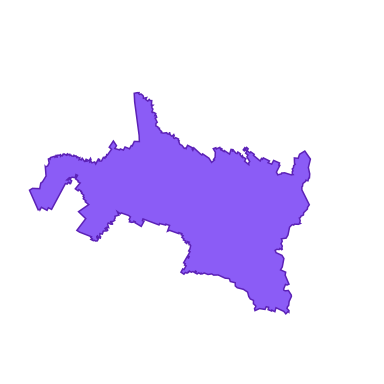 the district of Soteapan, Veracruz, Mexico, rotated 119°
{"feature_id": "50627088B11342287528543", "entity_name": "Soteapan", "entity_type": "district", "adm_level": 2, "iso_a3": "MEX", "parent_name": "Mexico", "parent_adm1": "Veracruz", "projection": "mercator", "projection_center": [-94.904, 18.229], "detail": "fine", "context": "isolated", "style": "filled", "palette": "violet", "viewbox_px": 384, "rotation_deg": 119, "n_neighbors": 0, "source": "geoboundaries", "source_scale": "gbopen_adm2", "svg_char_len": 6087}
<svg xmlns="http://www.w3.org/2000/svg" viewBox="0 0 384 384"><g transform="rotate(119 192 192)"><path d="M232.8,333.6L235.9,331.0L239.3,330.9L241.0,332.2L240.8,332.7L248.8,327.4L255.6,327.7L257.5,328.6L262.9,326.8L266.1,333.2L269.2,335.0L282.2,317.9L281.0,316.8L281.4,316.3L278.4,316.3L278.3,309.9L275.4,310.0L275.3,306.4L246.0,306.8L245.6,305.0L243.7,304.9L244.0,304.5L243.2,303.8L243.9,302.9L243.6,302.3L240.5,302.7L240.3,304.3L239.7,304.6L240.2,306.0L241.6,306.1L242.1,307.3L238.9,306.2L238.2,304.5L237.2,304.1L236.2,301.1L233.0,302.0L232.9,300.2L237.0,300.1L237.4,296.8L238.3,296.7L238.3,294.2L245.8,295.6L246.2,292.2L244.7,292.1L245.0,289.2L245.6,289.4L246.0,287.8L246.7,287.9L247.2,285.1L248.8,285.0L249.0,283.7L250.6,283.8L251.2,280.5L252.3,280.6L253.1,276.2L264.2,281.7L266.8,272.0L281.4,274.1L281.6,270.9L279.9,258.3L280.8,258.5L281.3,256.6L282.5,257.3L282.4,254.7L281.7,254.3L281.6,252.5L280.6,251.1L278.6,251.2L278.1,253.0L277.1,253.7L276.2,253.4L277.2,251.6L276.8,249.8L275.5,250.2L275.5,251.2L273.0,252.3L272.3,250.0L269.2,250.6L267.3,247.6L266.2,247.2L265.3,248.7L266.5,249.5L266.1,250.4L264.2,249.5L263.6,247.6L261.1,250.2L259.7,250.2L259.5,247.4L258.7,246.0L258.0,246.4L257.9,248.6L257.3,248.9L256.2,247.0L254.3,245.8L253.6,246.7L252.0,246.6L250.6,247.6L247.6,244.7L245.4,247.7L245.8,244.0L244.6,243.8L243.3,236.3L243.6,233.8L246.5,233.7L247.1,232.3L248.4,232.3L247.8,230.0L246.6,228.5L245.7,228.7L245.6,227.1L246.5,226.9L246.7,219.7L240.8,219.8L241.1,221.5L239.3,221.8L236.8,204.9L235.3,205.1L233.7,199.0L232.8,199.2L232.1,195.4L238.2,194.4L236.4,193.0L234.8,183.3L233.9,183.7L233.3,180.7L234.4,180.5L234.6,181.5L234.6,178.6L236.5,178.9L236.9,176.4L238.1,176.3L238.0,173.6L239.3,173.6L239.6,171.6L237.5,171.8L237.3,170.2L238.0,170.4L239.5,168.9L238.9,168.4L239.5,167.2L242.4,166.3L242.2,165.8L242.8,166.3L245.2,166.3L245.2,164.8L249.9,164.8L249.9,163.2L251.4,163.0L251.3,164.9L258.0,165.0L258.0,163.1L259.5,163.1L259.5,161.4L263.7,161.4L263.7,162.8L267.5,162.8L267.8,159.2L265.6,158.8L265.4,157.0L263.8,156.5L263.9,156.0L262.4,156.0L262.5,153.7L261.1,152.7L261.2,150.6L259.5,150.7L259.5,149.8L261.2,149.6L261.2,147.8L259.5,147.0L259.5,144.6L258.6,144.6L258.8,143.5L256.9,142.0L256.4,138.0L254.1,135.1L254.2,132.8L251.9,128.9L251.3,121.2L249.9,118.1L249.9,117.0L251.7,115.1L250.4,110.2L253.2,108.6L253.8,106.0L252.2,99.8L252.6,94.8L255.9,91.7L257.3,89.1L257.0,85.7L260.0,84.1L260.6,81.2L261.4,80.6L263.7,80.8L265.2,79.4L261.2,76.4L259.3,71.2L256.3,71.4L255.7,69.1L258.0,68.4L257.5,64.7L256.6,64.9L256.5,61.5L252.5,62.4L251.9,53.8L253.1,50.9L250.0,50.0L250.2,49.0L248.7,49.7L247.8,52.5L245.8,52.9L244.5,52.4L240.6,54.0L235.2,54.4L234.0,55.2L231.4,60.0L233.2,62.5L233.4,64.0L232.5,64.8L227.5,65.4L227.3,63.8L225.6,62.5L219.6,70.2L216.7,71.2L217.2,76.8L213.8,76.7L205.6,79.4L203.8,82.6L204.3,89.1L202.7,91.0L201.0,90.0L200.1,87.9L198.8,87.8L199.0,85.6L198.3,85.3L197.4,86.3L195.5,86.8L194.1,89.1L191.3,89.2L189.6,91.1L186.7,87.3L183.1,87.2L175.5,89.6L172.6,88.8L171.6,88.0L171.6,87.0L170.4,86.7L168.7,83.3L166.9,81.9L166.8,82.9L164.7,83.4L162.7,85.5L161.8,84.8L160.4,85.0L158.1,83.4L156.0,84.3L151.0,82.8L149.4,83.5L146.3,83.2L136.9,96.9L134.3,98.4L133.5,98.1L130.8,99.1L127.6,97.8L126.5,98.1L126.0,96.0L123.3,96.6L122.8,96.1L119.1,97.8L114.2,102.1L105.8,104.4L101.5,113.2L106.8,116.2L111.1,115.5L112.6,119.0L117.3,116.2L117.7,115.2L119.6,115.9L121.7,115.0L123.2,115.5L124.6,113.9L125.5,114.2L127.5,113.1L127.8,112.1L128.9,113.5L130.3,120.3L132.0,122.8L132.8,122.6L135.4,125.3L133.7,127.8L126.1,128.1L126.3,129.2L124.2,129.5L124.8,135.9L129.0,135.8L129.5,139.7L127.3,139.3L127.6,146.2L129.2,146.2L129.0,147.5L131.8,147.4L130.2,155.9L128.9,155.9L128.4,160.1L129.7,160.3L129.2,163.9L127.0,163.8L126.5,165.8L127.9,165.9L127.6,167.3L130.3,167.6L130.7,166.2L128.9,166.0L129.9,163.9L132.1,163.9L132.5,161.0L134.7,161.0L137.3,156.3L139.3,156.5L140.5,155.7L139.6,160.9L136.8,161.0L136.7,163.9L137.2,164.2L135.8,165.5L137.0,165.7L136.0,168.2L135.1,168.2L134.8,171.3L136.5,171.2L136.8,172.3L135.7,175.3L136.5,176.4L135.1,176.7L135.8,178.5L140.6,177.5L140.1,183.8L141.1,183.6L141.0,186.4L139.8,186.6L139.8,187.6L140.8,187.7L139.5,189.3L142.6,191.6L141.7,192.6L143.8,194.4L145.9,190.9L150.5,188.6L153.1,188.9L153.2,187.9L156.6,189.2L154.2,193.6L153.5,201.2L154.8,201.3L154.7,202.8L152.5,211.8L155.1,211.5L154.4,212.7L153.1,212.9L153.3,218.5L156.7,218.3L156.4,218.7L157.6,219.9L156.1,223.4L156.2,225.7L154.4,228.0L153.5,228.0L153.4,229.0L152.2,229.5L152.4,232.6L153.6,233.2L153.7,234.1L153.0,234.8L151.4,234.8L150.6,235.8L152.6,236.4L153.0,237.0L152.4,239.0L150.6,240.6L152.6,240.1L153.0,241.8L152.4,242.9L154.4,245.6L155.0,247.7L153.9,247.8L153.1,250.9L152.0,251.4L152.3,252.6L151.6,253.4L151.7,255.7L149.4,256.8L147.9,256.2L145.3,260.0L143.8,259.1L142.5,260.5L143.2,261.5L141.0,261.7L140.9,264.2L141.7,265.2L141.4,265.9L138.4,266.4L137.8,267.9L136.5,268.7L135.0,268.2L135.6,269.7L131.6,271.5L132.3,272.9L131.8,274.3L133.9,274.7L133.5,277.5L131.5,277.5L133.6,279.9L131.8,281.0L131.3,282.2L131.0,284.2L132.1,285.2L131.8,286.3L130.8,286.5L131.8,288.2L133.7,290.4L140.9,285.9L168.1,265.7L173.4,262.5L175.7,267.0L180.7,266.6L180.8,267.6L184.5,267.6L185.1,272.4L188.6,272.3L189.1,275.6L190.3,275.7L191.4,280.6L188.1,280.5L185.5,285.5L193.0,286.1L193.5,283.1L200.7,283.9L200.7,284.7L203.0,284.1L203.3,285.0L204.7,284.6L204.7,286.3L208.7,286.2L209.3,286.9L209.8,288.3L208.4,288.6L208.5,289.9L214.2,289.8L212.9,291.7L215.0,293.7L214.2,295.2L215.0,295.7L212.7,296.0L211.8,297.1L214.5,297.1L214.7,300.5L216.1,300.4L216.2,299.2L217.4,300.8L215.7,304.4L217.7,304.5L217.5,305.6L218.4,306.4L216.4,306.8L216.9,307.3L216.7,309.7L217.1,308.7L217.8,309.2L216.6,311.0L217.4,311.8L217.1,313.1L218.3,313.1L218.8,314.6L218.4,315.8L219.2,316.4L218.3,317.2L219.6,318.4L218.9,319.3L220.1,319.9L220.0,319.4L220.7,319.5L220.7,322.4L221.4,322.4L221.5,323.1L223.2,323.0L223.3,324.0L224.3,324.2L223.2,325.2L224.3,325.9L224.7,327.1L225.5,327.7L226.8,326.9L227.3,328.3L226.7,328.7L228.0,328.8L227.5,329.6L230.4,332.4L232.1,332.0L231.9,333.0L232.8,333.6Z" fill="#8b5cf6" stroke="#5b21b6" stroke-width="1.5"/></g></svg>